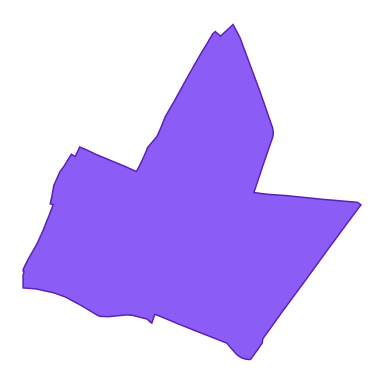 the district of Gamaliyya, Al Qahirah, Egypt
{"feature_id": "37247803B35159038955302", "entity_name": "Gamaliyya", "entity_type": "district", "adm_level": 2, "iso_a3": "EGY", "parent_name": "Egypt", "parent_adm1": "Al Qahirah", "projection": "robinson", "projection_center": [31.265, 30.053], "detail": "fine", "context": "isolated", "style": "filled", "palette": "violet", "viewbox_px": 384, "rotation_deg": 0, "n_neighbors": 0, "source": "geoboundaries", "source_scale": "gbopen_adm2", "svg_char_len": 1788}
<svg xmlns="http://www.w3.org/2000/svg" viewBox="0 0 384 384"><path d="M250.6,359.4L258.4,348.6L262.3,342.9L262.5,340.8L262.8,338.8L282.1,311.9L306.9,278.3L326.7,251.0L354.5,213.4L361.0,204.8L357.4,202.3L323.6,199.4L301.8,197.2L286.5,195.6L267.8,194.3L255.0,192.7L254.5,192.6L253.9,192.5L262.9,165.6L272.7,137.2L273.3,134.1L273.2,131.4L272.6,127.9L260.0,91.6L250.3,65.5L240.0,37.7L239.1,36.0L238.2,34.3L233.1,24.5L220.5,36.1L215.3,31.6L214.0,32.7L212.7,33.9L210.4,37.8L209.3,39.6L208.3,41.5L201.1,53.2L195.2,63.5L188.7,75.0L188.0,76.1L187.4,77.3L183.2,84.9L174.3,101.1L168.8,110.5L165.0,117.2L161.5,126.3L157.0,136.4L155.7,137.9L154.5,139.4L147.6,147.5L147.2,148.4L146.7,149.9L146.1,151.5L141.8,161.1L138.7,167.3L136.5,171.4L134.8,170.8L133.1,170.1L125.0,166.4L108.7,159.7L100.4,156.2L95.0,154.0L88.8,150.9L79.7,147.0L75.3,156.5L71.3,154.3L64.1,166.1L59.9,171.8L53.9,185.2L51.9,196.2L50.2,203.8L51.7,204.3L53.1,204.9L49.1,215.5L48.5,216.9L47.9,218.3L46.3,222.2L43.2,230.2L37.8,242.1L35.7,246.1L28.0,259.5L26.6,262.6L25.8,263.9L25.1,265.2L23.2,269.4L23.1,271.0L23.4,271.1L24.0,271.4L23.2,275.2L23.0,275.9L23.1,277.6L23.1,279.4L23.1,287.9L35.7,288.9L53.7,292.8L65.0,296.8L73.4,301.3L82.3,306.1L94.3,313.4L95.7,314.2L97.0,315.0L99.4,316.1L100.4,316.3L101.3,316.4L108.7,316.7L120.3,315.5L126.7,314.9L132.9,315.4L145.2,318.6L146.8,318.9L148.0,319.8L149.3,321.2L149.7,321.5L150.4,322.2L151.8,323.1L154.8,314.3L160.0,316.3L166.8,319.1L176.3,323.1L195.6,330.9L209.3,336.2L226.9,343.2L231.9,349.1L232.7,350.0L233.6,351.0L235.3,352.9L235.9,353.6L236.6,354.3L237.3,354.9L238.1,355.6L238.9,356.2L239.7,356.7L240.5,357.2L241.4,357.7L242.3,358.1L243.2,358.4L244.2,358.7L245.1,359.0L246.1,359.2L247.0,359.3L248.0,359.4L249.0,359.5L250.6,359.4Z" fill="#8b5cf6" stroke="#5b21b6" stroke-width="1.5"/></svg>